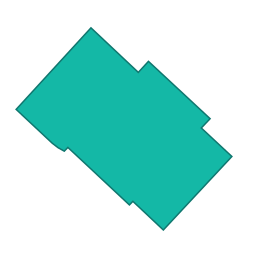 the district of Garden, Nebraska, United States of America, rotated 313°
{"feature_id": "52423323B8475953570215", "entity_name": "Garden", "entity_type": "district", "adm_level": 2, "iso_a3": "USA", "parent_name": "United States of America", "parent_adm1": "Nebraska", "projection": "mercator", "projection_center": [-102.377, 41.615], "detail": "fine", "context": "isolated", "style": "filled", "palette": "teal", "viewbox_px": 256, "rotation_deg": 313, "n_neighbors": 0, "source": "geoboundaries", "source_scale": "gbopen_adm2", "svg_char_len": 346}
<svg xmlns="http://www.w3.org/2000/svg" viewBox="0 0 256 256"><g transform="rotate(313 128 128)"><path d="M190.8,181.7L190.7,97.5L175.7,97.6L176.0,32.6L65.3,33.5L65.2,83.1L65.9,90.3L67.6,97.2L72.8,97.3L72.7,171.0L72.7,181.5L77.7,181.6L77.5,223.4L178.0,223.4L178.0,181.6L190.8,181.7Z" fill="#14b8a6" stroke="#0f766e" stroke-width="1.5"/></g></svg>